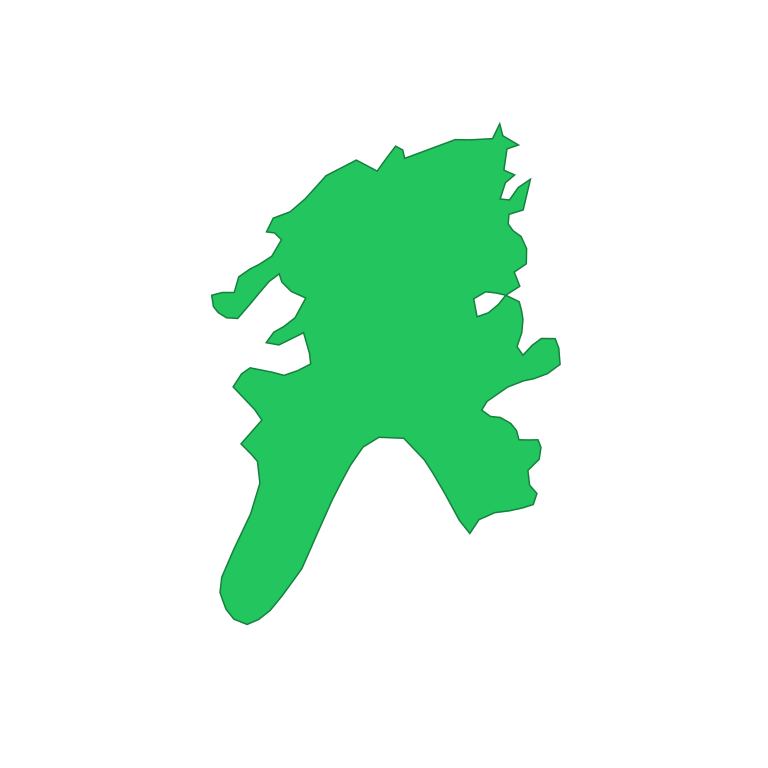 the district of Porto Mauá, Rio Grande do Sul, Brazil, rotated 216°
{"feature_id": "56859067B40873252146886", "entity_name": "Porto Mauá", "entity_type": "district", "adm_level": 2, "iso_a3": "BRA", "parent_name": "Brazil", "parent_adm1": "Rio Grande do Sul", "projection": "equal_earth", "projection_center": [-54.66, -27.584], "detail": "fine", "context": "isolated", "style": "filled", "palette": "green", "viewbox_px": 768, "rotation_deg": 216, "n_neighbors": 0, "source": "geoboundaries", "source_scale": "gbopen_adm2", "svg_char_len": 1912}
<svg xmlns="http://www.w3.org/2000/svg" viewBox="0 0 768 768"><g transform="rotate(216 384 384)"><path d="M337.7,527.4L331.6,542.9L344.4,551.1L339.5,564.9L348.1,577.2L359.7,583.9L369.7,583.9L377.6,586.5L382.6,594.7L373.7,606.6L385.9,635.7L390.9,621.9L390.7,606.6L398.8,602.0L404.1,618.2L401.2,629.9L412.7,627.5L422.7,646.5L415.7,656.4L433.8,654.7L443.3,662.5L440.4,646.3L458.0,632.0L470.0,623.6L499.9,578.7L506.3,584.3L514.4,583.3L514.7,569.5L514.7,552.2L538.0,548.9L553.3,518.5L556.6,487.4L561.2,468.0L571.1,453.1L568.5,438.0L561.3,441.9L551.7,440.4L549.9,421.4L555.4,407.2L560.0,398.3L564.5,385.3L559.0,370.0L568.7,362.9L575.6,354.5L567.4,346.3L560.0,344.3L550.4,345.0L540.9,351.0L539.3,370.0L538.3,386.0L537.2,399.4L533.5,411.5L526.7,406.5L513.5,404.3L497.8,407.6L494.9,385.3L498.9,371.5L503.6,361.2L503.6,348.2L492.0,353.8L479.2,378.2L462.4,365.1L455.1,357.1L461.8,343.9L470.0,332.2L481.2,327.9L501.8,318.4L505.2,308.5L504.4,293.0L486.7,289.7L473.7,287.3L461.6,283.0L464.5,251.5L449.7,249.1L440.9,247.0L426.1,230.8L415.6,200.6L408.3,161.7L401.7,132.3L394.1,118.9L387.0,114.0L379.6,109.0L367.3,105.5L353.4,109.0L346.9,120.0L343.0,134.0L341.9,152.8L341.9,186.1L346.8,208.8L349.7,221.9L357.6,259.1L360.7,278.5L363.4,298.4L363.9,320.6L356.8,337.9L336.1,351.7L306.7,346.3L292.2,340.7L270.5,331.2L242.9,318.0L226.7,313.5L227.4,330.1L218.8,345.0L208.0,355.1L198.8,365.5L192.4,374.3L195.9,385.3L206.7,387.7L216.8,398.7L214.2,414.3L219.7,424.9L226.6,429.4L234.0,423.8L242.0,418.2L249.4,424.2L258.3,426.6L270.2,425.3L278.9,420.3L289.6,420.3L290.4,430.5L285.9,443.6L282.2,454.2L273.1,468.4L266.0,476.2L257.8,488.5L253.1,503.4L263.6,515.7L272.2,521.3L283.5,513.3L286.9,502.3L288.5,489.0L298.3,492.4L302.8,506.7L309.5,517.9L316.3,524.6L322.9,530.0L337.7,527.4ZM337.7,527.4L338.2,515.5L341.4,503.0L348.2,493.1L361.5,505.6L356.0,518.3L346.9,523.5L337.7,527.4Z" fill="#22c55e" stroke="#15803d" stroke-width="1.5"/></g></svg>